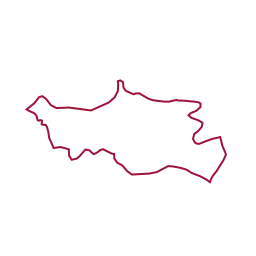 Passoré, Natural Earth projection, rotated 203°
{"feature_id": "BFA-2817", "entity_name": "Passoré", "entity_type": "Province", "adm_level": 1, "iso_a3": "BFA", "parent_name": "Burkina Faso", "parent_adm1": "", "projection": "natural_earth1", "projection_center": [-2.128, 12.879], "detail": "fine", "context": "isolated", "style": "outline", "palette": "rose", "viewbox_px": 256, "rotation_deg": 203, "n_neighbors": 0, "source": "natural_earth", "source_scale": "10m", "svg_char_len": 1395}
<svg xmlns="http://www.w3.org/2000/svg" viewBox="0 0 256 256"><g transform="rotate(203 128 128)"><path d="M66.4,162.6L61.4,161.9L60.6,157.6L62.2,152.7L64.7,148.3L63.9,143.4L60.7,140.7L58.6,140.5L56.6,141.0L53.3,144.1L51.0,146.5L46.1,150.9L39.6,155.7L34.0,148.3L29.1,143.7L27.4,141.7L27.6,135.4L29.7,122.5L30.8,118.6L31.2,117.1L31.6,112.9L31.5,110.1L35.1,111.1L42.8,111.8L51.7,111.5L57.8,112.5L63.7,111.9L71.5,110.2L76.2,108.6L84.2,98.7L90.7,94.3L106.4,86.6L112.2,88.1L119.0,91.5L124.3,91.8L128.6,94.5L130.7,98.7L132.8,98.1L142.7,98.7L144.9,96.9L146.9,93.3L149.2,90.6L151.8,91.2L154.8,92.4L158.8,91.5L161.6,83.0L163.3,79.7L167.4,76.8L171.3,79.4L174.2,85.3L182.8,84.1L188.7,80.5L189.9,81.8L196.7,88.1L199.7,93.1L202.8,97.1L205.1,98.7L207.6,97.7L208.9,97.6L209.5,99.3L209.9,101.0L210.9,101.3L212.1,100.7L212.9,99.9L214.2,99.9L216.9,103.4L219.6,104.9L227.2,105.2L228.6,105.5L223.9,114.2L221.9,121.7L220.3,123.0L219.3,123.8L214.8,122.8L207.9,118.9L201.6,118.4L190.5,123.7L168.9,129.7L155.7,143.9L152.3,150.9L151.8,158.1L154.1,164.4L155.6,167.2L153.6,168.8L150.4,168.2L147.9,163.3L144.3,161.3L136.2,161.2L134.2,162.9L131.2,164.3L121.1,163.0L116.2,163.2L105.6,166.2L100.4,168.3L97.4,170.7L96.2,171.4L94.1,172.9L93.2,172.7L85.3,175.7L82.5,176.4L78.3,177.9L72.9,179.2L70.7,178.7L69.5,175.5L71.9,170.4L76.0,166.3L77.3,163.4L73.6,162.1L66.4,162.6Z" fill="none" stroke="#9f1239" stroke-width="2"/></g></svg>